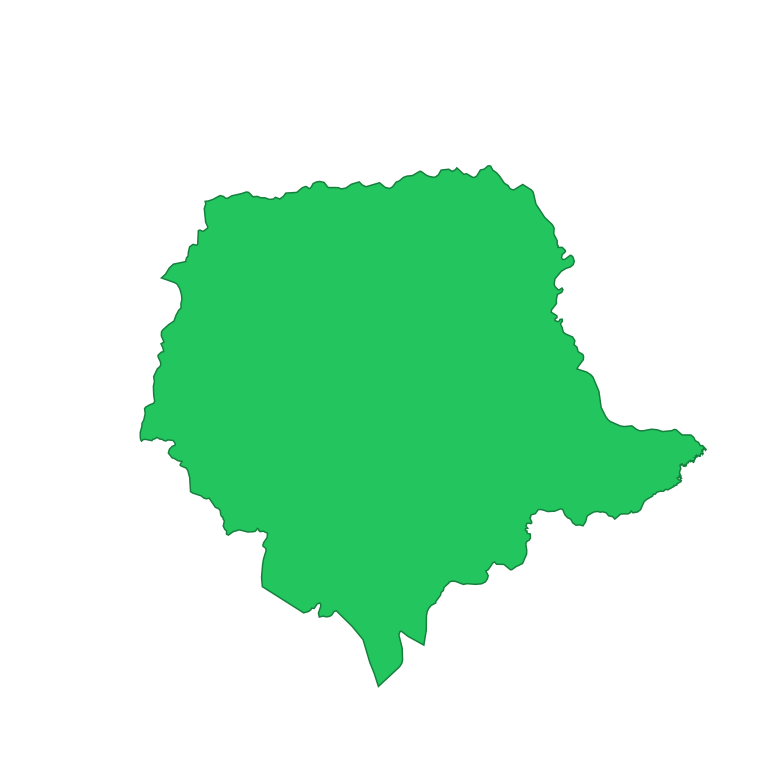 Mueang Loei, Loei, Thailand, rotated 57°
{"feature_id": "78962969B17428732488190", "entity_name": "Mueang Loei", "entity_type": "district", "adm_level": 2, "iso_a3": "THA", "parent_name": "Thailand", "parent_adm1": "Loei", "projection": "albers", "projection_center": [101.792, 17.544], "detail": "fine", "context": "isolated", "style": "filled", "palette": "green", "viewbox_px": 768, "rotation_deg": 57, "n_neighbors": 0, "source": "geoboundaries", "source_scale": "gbopen_adm2", "svg_char_len": 6158}
<svg xmlns="http://www.w3.org/2000/svg" viewBox="0 0 768 768"><g transform="rotate(57 384 384)"><path d="M242.4,205.2L243.2,207.5L242.9,210.9L239.1,212.8L235.7,219.6L238.2,224.4L238.4,227.9L237.8,229.6L234.2,233.3L231.8,234.9L226.1,237.0L225.1,238.1L224.7,246.7L222.2,251.4L221.3,255.3L222.0,260.4L221.3,263.9L223.3,269.4L223.1,272.8L219.6,276.0L212.8,278.1L208.8,291.6L205.1,293.9L201.0,294.7L198.7,302.6L198.9,309.3L197.1,313.6L194.3,315.5L189.1,323.4L187.9,324.0L182.4,324.4L179.1,327.6L177.7,330.8L177.3,334.3L179.2,337.7L179.6,339.9L179.0,340.6L176.4,341.4L175.5,342.5L174.9,346.0L175.8,352.8L170.4,362.4L171.8,366.0L172.1,370.7L168.3,373.3L168.6,376.2L166.7,379.7L163.0,382.4L160.9,385.8L157.7,388.0L155.5,392.0L149.7,393.1L148.0,394.8L146.7,399.9L143.3,409.0L143.0,414.3L141.6,415.8L139.4,416.4L136.7,418.8L136.0,427.1L134.8,431.7L133.4,434.5L135.9,435.4L139.0,439.2L151.3,445.5L155.8,446.1L157.2,446.9L157.5,452.6L154.6,454.6L154.3,456.2L165.3,464.1L165.6,465.5L162.9,468.1L163.1,472.3L166.9,476.3L169.9,478.5L170.7,481.0L173.3,483.7L168.8,495.4L169.8,500.9L172.9,507.4L173.8,512.9L184.9,504.4L187.6,503.1L193.0,503.4L198.8,505.2L203.1,507.5L206.1,510.6L209.7,512.8L210.3,515.9L213.2,521.2L216.8,525.8L216.9,532.0L218.2,540.3L219.2,542.3L222.3,544.5L229.0,545.7L228.8,549.1L233.3,549.8L236.8,551.1L236.0,553.4L236.8,557.8L238.3,558.7L244.0,559.5L246.1,560.6L247.4,562.5L247.8,565.8L252.4,573.2L256.9,575.2L260.4,578.7L268.1,583.3L273.6,585.7L274.7,587.7L273.8,592.2L273.6,596.6L274.2,598.2L278.8,600.4L283.4,605.1L285.2,608.4L287.9,610.3L291.7,614.7L296.6,617.8L298.8,618.5L299.8,618.5L299.5,616.3L300.3,614.4L305.1,609.5L304.5,607.7L305.2,606.2L305.1,603.5L308.3,601.9L309.6,600.0L311.1,599.7L313.0,598.0L313.2,595.7L316.3,591.8L317.7,591.5L320.5,591.6L321.5,592.9L320.9,595.6L321.9,599.6L324.5,602.5L330.7,601.9L331.6,600.8L336.2,598.5L338.9,595.7L340.7,599.0L341.8,599.1L346.6,595.8L349.6,595.6L356.8,598.0L368.9,604.9L371.6,603.6L378.3,598.2L381.6,597.2L383.5,595.6L384.5,592.8L395.5,592.6L398.5,590.6L401.0,590.3L404.4,592.0L406.8,592.4L407.7,591.6L409.7,592.5L411.8,592.4L415.6,596.2L419.2,596.7L421.4,596.0L424.1,597.9L426.0,596.8L425.7,591.1L427.5,584.8L433.9,578.9L436.9,573.7L437.4,571.9L436.1,568.8L437.5,568.3L438.5,569.0L438.9,568.4L440.3,568.4L441.7,565.4L445.8,563.0L449.1,565.7L451.4,571.2L453.1,573.3L454.4,573.8L457.4,572.6L459.6,573.7L465.2,580.4L469.4,584.2L479.6,592.1L487.7,596.4L532.2,576.0L533.7,571.1L533.6,568.6L532.6,566.8L534.2,564.8L532.1,560.0L532.6,557.2L533.8,557.0L535.7,557.8L540.5,563.8L544.2,565.2L545.4,561.7L548.0,559.0L549.3,556.0L549.2,553.3L547.6,549.8L548.2,547.5L570.0,542.7L587.0,540.8L609.7,547.5L621.8,549.9L634.6,553.4L629.6,524.9L628.0,521.3L625.7,518.8L615.4,512.6L602.6,508.2L600.4,505.5L600.4,504.6L601.4,503.9L609.0,501.2L624.7,492.8L613.6,482.7L601.6,474.7L598.3,471.6L596.7,469.1L595.4,465.2L595.8,459.8L594.7,459.1L591.9,451.6L589.9,449.6L589.6,446.9L587.2,444.2L586.2,437.9L585.6,437.1L586.3,434.5L588.5,431.5L595.3,426.6L596.7,423.1L601.9,416.3L604.7,411.0L605.2,406.8L603.7,403.4L601.5,401.0L596.3,400.4L596.5,397.6L593.2,389.8L593.7,388.1L596.4,387.8L600.6,381.7L608.7,379.1L609.3,377.9L609.1,372.7L610.0,365.6L604.4,357.1L601.1,354.8L595.2,352.1L593.9,350.0L594.0,347.3L593.0,345.1L589.5,343.0L587.7,344.9L586.5,345.0L585.2,344.1L584.2,345.1L582.8,344.7L582.5,344.0L583.2,342.0L580.6,342.4L578.8,340.4L579.4,338.5L581.1,336.9L581.1,336.1L580.3,335.3L575.7,334.6L575.6,333.7L573.8,332.0L575.2,327.7L573.5,323.5L573.6,322.4L575.6,319.8L580.1,316.2L583.6,310.2L584.9,303.8L586.6,302.5L592.2,303.5L596.1,302.9L598.8,301.1L603.5,301.3L607.0,299.9L608.8,296.5L611.3,294.4L609.4,290.0L605.8,286.1L605.2,284.7L605.6,277.7L607.4,274.0L609.2,272.6L610.3,270.2L613.0,267.8L616.9,267.4L619.6,264.6L623.0,264.0L622.0,256.2L625.9,249.9L626.0,247.5L625.1,246.0L627.6,245.4L629.4,241.1L629.2,237.4L624.4,230.0L623.9,226.8L624.3,219.8L623.1,218.2L624.1,216.4L623.4,214.2L624.2,211.1L626.2,207.8L625.7,205.1L627.4,203.6L627.8,196.4L627.2,196.1L628.3,193.6L627.3,192.6L627.6,188.3L627.0,187.3L625.6,188.0L625.3,188.8L622.6,189.4L622.7,186.9L625.2,186.8L625.1,185.8L623.7,186.0L623.2,185.2L622.6,186.0L622.0,185.3L621.6,186.0L621.0,184.8L619.6,184.7L617.8,183.0L616.8,181.3L613.3,180.0L613.0,178.6L614.1,178.5L613.8,177.6L614.6,177.8L615.6,176.7L616.1,177.5L617.0,176.4L616.5,176.0L617.0,175.1L615.8,175.0L616.3,174.3L615.3,172.9L615.8,171.6L615.0,171.2L615.0,170.2L616.0,169.3L615.1,168.6L618.3,167.0L617.7,166.1L616.8,166.3L617.2,165.6L616.0,163.5L614.9,163.7L615.4,162.4L614.0,161.8L614.5,161.3L614.1,160.7L615.5,160.9L615.1,159.2L616.3,159.0L616.8,158.2L614.7,156.2L615.2,155.3L616.6,155.3L616.3,154.3L615.5,154.6L614.4,153.5L613.2,154.0L612.5,153.3L613.2,152.0L612.1,151.3L613.0,150.4L614.7,150.4L614.3,149.5L609.2,150.4L607.8,152.4L604.4,152.0L601.0,153.8L597.4,153.3L593.9,154.4L589.1,161.7L581.5,163.9L580.2,165.3L579.9,168.0L575.6,176.3L571.1,179.9L567.6,184.3L564.2,192.6L562.4,195.1L559.8,196.9L554.1,198.9L550.6,205.6L548.0,208.6L538.5,214.8L535.6,215.6L532.1,215.8L521.8,214.6L507.3,207.8L492.0,205.0L489.0,205.5L484.6,207.4L476.5,213.9L475.2,211.9L472.2,203.6L469.6,201.6L467.5,201.2L462.5,203.6L458.2,202.1L454.5,203.2L451.7,200.4L447.3,200.2L441.2,204.3L438.2,205.4L433.6,203.8L430.3,203.5L429.1,202.1L428.7,200.4L426.8,199.2L425.7,201.1L426.6,202.9L426.5,204.2L423.9,206.0L422.5,205.1L422.6,202.7L420.9,201.9L414.8,204.7L413.0,203.0L410.5,195.6L406.7,193.2L403.4,189.8L403.9,185.0L402.3,182.5L400.4,182.5L400.6,185.0L399.7,186.7L394.8,187.6L392.4,186.5L388.9,183.3L386.0,173.9L386.2,168.3L387.4,163.8L386.9,160.2L384.7,157.6L380.4,156.4L378.3,156.9L377.5,157.8L378.0,164.3L377.0,166.3L375.0,166.5L372.5,164.1L371.9,159.9L370.8,159.2L366.5,160.1L364.2,163.7L363.1,162.7L361.3,162.8L358.2,160.7L350.5,159.9L346.2,156.6L344.4,156.2L341.4,156.2L331.9,158.5L316.0,158.6L304.4,154.4L301.5,154.7L292.2,159.0L291.9,169.6L289.6,171.5L288.0,172.0L285.3,171.8L281.3,173.7L272.2,173.9L268.4,174.5L263.8,176.3L259.4,175.9L258.5,176.5L257.7,178.2L258.4,182.8L257.0,186.6L260.0,192.7L260.1,195.0L259.4,196.8L252.6,200.3L251.6,202.9L242.4,205.2Z" fill="#22c55e" stroke="#15803d" stroke-width="1.5"/></g></svg>